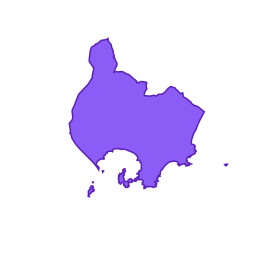 Cam Ranh, Khánh Hòa, Vietnam, rotated 55°
{"feature_id": "81297802B88990967828920", "entity_name": "Cam Ranh", "entity_type": "district", "adm_level": 2, "iso_a3": "VNM", "parent_name": "Vietnam", "parent_adm1": "Khánh Hòa", "projection": "mercator", "projection_center": [109.22, 11.898], "detail": "fine", "context": "isolated", "style": "filled", "palette": "violet", "viewbox_px": 256, "rotation_deg": 55, "n_neighbors": 0, "source": "geoboundaries", "source_scale": "gbopen_adm2", "svg_char_len": 5958}
<svg xmlns="http://www.w3.org/2000/svg" viewBox="0 0 256 256"><g transform="rotate(55 128 128)"><path d="M72.0,148.6L73.1,150.7L78.4,158.5L81.2,163.2L82.1,164.1L87.8,167.3L88.7,168.2L89.4,169.5L90.5,173.3L90.8,173.7L91.8,174.0L97.8,177.1L98.3,177.5L98.8,178.6L99.8,178.1L104.3,179.8L110.2,180.1L112.8,180.0L117.8,179.4L136.1,176.3L142.3,175.8L145.3,176.0L144.9,175.7L144.5,174.9L143.7,174.5L142.1,174.6L142.2,175.1L141.5,175.3L140.0,175.0L138.2,173.4L137.8,171.9L137.7,170.2L137.9,168.2L138.5,166.8L138.1,166.4L138.5,165.9L139.2,166.0L139.8,165.7L139.4,165.1L137.8,164.5L137.4,163.8L136.8,163.6L136.7,163.1L137.1,162.3L136.8,161.4L136.3,160.9L135.8,159.5L135.9,159.1L136.2,159.1L135.8,158.7L135.9,157.9L136.6,156.2L138.0,154.3L138.5,154.4L139.1,154.0L138.0,154.1L137.5,153.5L137.0,152.2L137.2,151.3L138.8,148.5L142.3,145.1L142.4,143.9L143.9,142.6L150.2,138.4L150.6,138.4L151.3,137.7L152.5,137.3L155.3,136.7L157.4,136.8L158.9,137.5L159.4,138.2L159.4,139.1L159.7,139.2L160.6,137.7L161.0,137.4L163.1,137.3L163.3,137.7L163.8,137.4L165.2,137.7L168.6,140.3L169.4,140.4L170.2,142.2L169.5,143.0L169.7,144.1L170.1,144.1L170.8,144.5L171.3,145.6L172.4,145.7L172.7,146.2L173.5,146.7L173.9,147.2L173.8,147.5L174.4,147.2L174.8,147.4L174.8,147.8L174.2,148.2L174.2,148.5L173.8,149.0L173.9,150.2L173.5,151.3L173.9,152.4L174.4,152.7L174.4,153.5L175.4,153.1L175.6,152.4L176.2,152.0L176.1,151.8L175.6,151.7L175.8,150.5L175.5,149.2L176.6,148.7L177.8,146.7L179.3,146.0L180.5,146.1L181.1,146.8L181.2,147.2L181.0,147.5L181.4,147.5L182.0,148.5L182.3,148.7L182.9,148.1L183.6,148.1L184.2,147.5L185.2,147.8L185.4,148.6L185.8,148.2L186.8,148.1L187.1,147.6L186.6,147.3L186.9,146.5L186.7,146.3L187.2,145.4L188.1,144.9L188.2,144.0L189.5,142.4L191.0,141.6L191.0,140.9L191.8,139.8L192.0,138.2L190.7,137.7L190.0,137.9L190.2,136.6L189.6,136.8L187.4,136.9L187.8,136.1L188.8,135.0L188.8,133.6L187.5,134.3L186.6,134.0L186.4,133.7L186.7,133.5L186.7,133.0L186.3,132.7L186.0,132.7L186.0,132.4L185.5,132.5L185.6,131.9L185.2,131.3L184.9,131.5L184.4,131.2L184.5,130.8L185.6,130.1L185.8,129.6L185.4,129.7L185.0,129.3L184.5,129.3L184.7,128.4L182.9,127.0L182.7,126.3L182.0,126.1L181.5,125.2L181.4,124.5L181.8,123.9L181.2,122.9L180.3,120.1L179.7,117.1L179.6,114.5L179.7,113.4L181.1,109.9L183.2,107.5L185.1,106.7L186.5,107.1L186.6,107.5L186.3,108.0L187.5,107.9L187.6,107.2L188.0,107.6L188.4,107.6L188.5,107.1L188.1,106.4L188.4,105.9L188.4,105.2L189.0,104.3L189.5,102.2L190.3,101.7L190.8,102.2L191.4,101.5L192.5,102.2L193.0,100.8L192.7,100.0L193.7,99.4L193.7,99.0L192.9,98.9L192.9,98.3L193.6,96.8L193.0,97.1L192.9,97.4L192.3,97.8L191.5,98.0L190.9,98.9L190.0,99.0L189.1,98.7L189.0,98.3L188.2,98.5L187.3,97.7L186.4,96.5L186.1,95.9L186.2,94.9L186.6,94.6L187.3,94.7L187.6,94.3L187.2,93.8L186.8,94.2L186.5,93.8L186.5,93.2L187.2,92.1L187.1,91.9L186.7,92.0L187.4,88.2L186.9,87.1L185.8,87.0L186.2,85.9L186.1,85.5L185.5,85.6L184.8,85.2L183.6,85.9L182.9,85.5L182.4,84.9L182.5,84.6L182.2,84.5L182.0,83.8L181.7,83.7L181.3,84.0L180.9,83.7L181.0,83.5L180.5,83.3L178.8,84.0L177.9,85.1L177.5,85.2L176.3,84.6L174.0,82.5L170.3,77.6L168.2,73.0L166.5,70.8L163.6,66.1L158.5,56.2L150.3,58.6L148.1,60.1L147.3,61.2L146.1,61.0L145.3,61.7L144.2,61.9L142.3,61.6L140.8,62.4L138.9,62.7L137.3,63.3L134.9,64.5L133.5,64.5L131.2,63.2L130.5,63.1L129.8,65.5L125.1,66.0L123.7,66.5L121.6,66.6L120.8,67.7L119.3,68.5L118.5,69.4L118.6,72.7L120.0,77.9L119.6,81.0L118.0,83.4L117.8,84.0L118.2,86.2L116.0,88.1L115.0,90.6L114.4,91.8L111.1,95.8L109.9,95.6L109.1,94.7L107.8,93.0L107.1,90.8L106.6,90.0L104.0,89.1L101.7,86.8L101.1,87.4L100.7,87.0L97.6,90.3L97.3,91.1L97.2,93.1L96.8,93.1L95.7,94.8L94.4,94.2L93.8,94.2L90.8,95.2L88.3,95.7L84.3,96.8L83.9,97.5L79.0,100.0L77.9,101.1L76.5,103.7L74.9,105.5L74.2,107.5L71.6,103.5L70.4,101.2L68.7,100.0L67.3,99.6L64.9,99.6L63.9,98.9L62.9,99.0L61.8,99.5L61.7,98.4L61.2,97.9L57.6,96.9L56.5,96.0L52.2,95.0L51.0,94.3L50.1,94.0L45.5,94.2L43.2,93.1L43.3,93.7L43.1,94.8L42.1,97.4L41.1,99.0L40.9,100.6L41.3,104.7L40.8,105.9L40.8,107.3L41.4,108.4L40.8,110.5L41.0,111.7L42.7,114.2L48.4,119.4L50.9,121.4L51.6,121.6L59.0,121.7L60.0,122.3L61.4,123.7L64.9,127.5L66.1,128.2L67.9,132.1L69.3,135.6L72.0,148.6ZM159.8,153.9L159.5,153.9L159.2,154.6L159.6,155.6L159.3,156.3L160.0,156.9L160.7,156.6L161.7,157.4L161.2,159.3L161.9,160.1L161.4,160.7L160.7,160.8L160.9,161.1L161.5,161.0L161.1,162.0L161.4,162.8L161.6,162.9L161.9,162.7L162.6,162.7L162.8,163.2L162.6,163.6L163.2,163.8L163.4,164.6L165.1,165.5L165.9,165.3L166.7,166.1L167.1,166.9L169.1,166.6L169.7,166.3L169.7,165.3L169.2,164.8L169.0,164.0L169.7,163.1L171.0,163.3L172.0,164.0L172.5,163.9L172.8,164.3L173.4,163.8L173.8,164.0L174.3,163.8L174.9,164.1L175.4,163.8L175.9,163.2L175.9,162.5L176.4,162.3L176.0,161.7L176.5,161.8L176.3,160.9L175.8,160.2L174.9,160.0L173.8,159.3L173.5,159.3L173.2,158.7L173.7,157.5L174.8,155.9L174.1,154.5L173.3,154.2L173.0,154.3L172.9,154.7L172.2,154.4L171.2,154.7L170.7,156.3L171.0,157.5L170.8,158.0L171.5,158.5L171.5,159.5L169.9,161.0L168.9,161.3L168.1,160.5L166.8,160.4L165.4,159.7L164.3,159.4L164.6,158.5L164.1,157.7L162.9,157.5L161.9,155.0L161.5,154.6L160.7,154.5L159.8,153.9ZM155.7,190.3L155.6,190.1L155.2,190.3L154.4,191.6L155.0,191.7L155.3,192.4L155.2,193.4L156.6,194.5L156.7,195.0L156.5,195.3L156.8,196.5L159.0,198.1L160.0,197.9L160.2,197.5L160.0,195.5L159.8,195.3L159.5,194.1L160.1,193.0L159.9,191.8L159.4,191.2L159.0,191.6L158.6,191.7L158.3,192.3L157.8,192.2L157.3,191.9L157.2,190.6L156.6,190.3L155.7,190.3ZM214.8,68.1L214.7,67.6L214.2,68.4L214.2,68.1L213.9,68.2L213.6,69.2L213.9,69.0L214.2,69.5L214.9,69.7L215.2,68.9L215.0,68.1L214.8,68.1ZM161.8,198.8L160.2,198.9L161.1,199.8L162.1,199.2L162.1,198.9L161.8,198.8ZM149.7,174.0L149.2,172.6L148.5,173.0L148.4,173.5L149.7,174.0ZM171.1,146.9L171.4,146.2L170.8,145.7L170.3,146.6L171.1,146.9ZM187.0,148.4L186.5,148.4L186.2,148.7L186.7,149.5L187.2,148.6L187.0,148.4ZM152.5,188.3L152.7,187.6L152.3,187.4L152.0,187.7L152.1,188.0L152.5,188.3Z" fill="#8b5cf6" stroke="#5b21b6" stroke-width="1.5"/></g></svg>